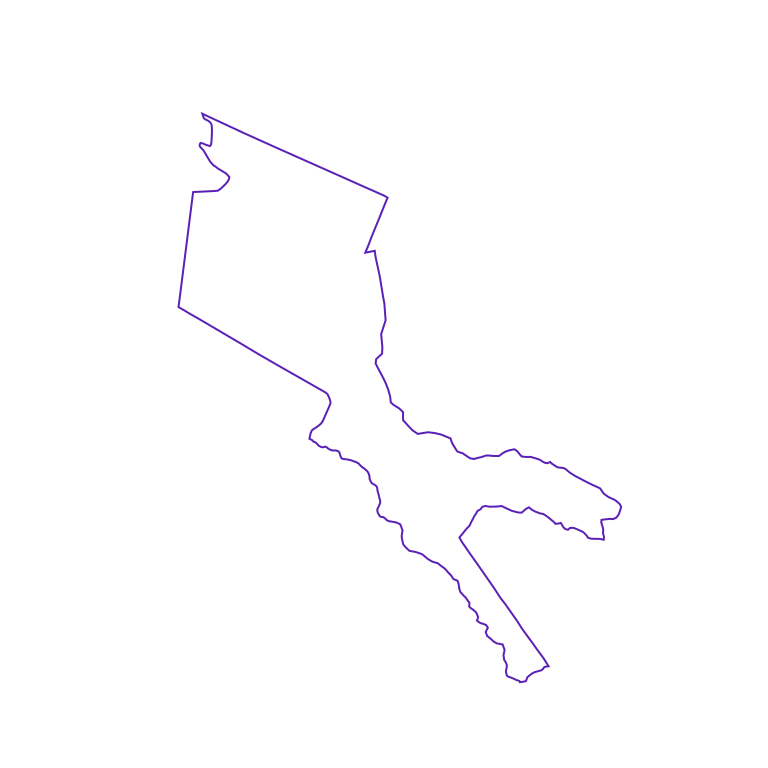 outline of Borabu, Nyanza, Kenya, rotated 145°
{"feature_id": "3690345B58519462810575", "entity_name": "Borabu", "entity_type": "district", "adm_level": 2, "iso_a3": "KEN", "parent_name": "Kenya", "parent_adm1": "Nyanza", "projection": "albers", "projection_center": [35.021, -0.692], "detail": "fine", "context": "isolated", "style": "outline", "palette": "violet", "viewbox_px": 768, "rotation_deg": 145, "n_neighbors": 0, "source": "geoboundaries", "source_scale": "gbopen_adm2", "svg_char_len": 5429}
<svg xmlns="http://www.w3.org/2000/svg" viewBox="0 0 768 768"><g transform="rotate(145 384 384)"><path d="M411.1,58.4L410.6,68.0L410.9,79.0L410.9,84.6L411.3,104.2L410.9,112.9L410.9,120.8L410.9,134.1L411.3,141.3L411.1,148.4L410.9,153.0L410.8,178.8L410.8,184.3L410.9,196.1L410.8,203.3L410.8,210.2L410.2,215.1L405.9,216.2L402.6,217.2L399.3,218.1L395.1,218.9L392.1,220.7L388.7,222.4L385.7,224.0L382.5,225.2L380.2,226.4L376.7,226.0L373.9,227.0L370.9,225.9L367.9,222.9L361.4,218.6L357.7,216.6L355.2,212.2L351.9,206.6L347.6,201.6L344.9,199.6L339.6,200.3L336.0,199.8L335.0,196.1L333.3,192.8L331.8,190.6L330.1,188.1L328.3,186.5L327.1,183.8L326.1,181.0L325.1,177.5L324.0,173.5L323.8,171.2L321.7,169.9L318.8,168.7L319.2,164.4L318.8,161.4L317.0,159.1L314.2,159.4L311.4,157.6L309.7,155.2L305.7,148.4L305.0,144.1L305.0,140.9L302.9,138.3L299.2,135.6L296.2,133.5L293.4,130.4L291.5,132.5L290.2,136.1L287.7,139.3L286.4,142.9L285.4,146.1L283.8,147.9L280.8,146.5L278.6,145.2L276.4,144.0L273.8,141.9L270.3,141.3L266.8,142.4L263.6,144.6L261.4,146.3L260.1,147.4L259.8,150.8L261.0,155.5L261.6,156.9L262.6,158.7L264.4,161.6L265.0,162.9L265.6,164.4L266.6,167.3L266.9,169.0L266.9,170.7L266.8,174.4L268.5,177.5L270.9,181.4L272.1,183.6L274.1,187.3L275.8,190.5L276.6,192.1L277.2,193.3L278.9,196.6L280.2,199.0L282.0,203.3L282.6,204.8L283.1,206.6L283.7,209.2L284.5,211.2L285.3,212.4L288.1,214.8L289.7,216.3L291.1,219.7L292.3,222.8L292.6,224.8L295.5,225.4L297.0,226.7L298.4,229.0L299.9,232.8L302.9,236.7L305.5,240.0L308.4,242.0L310.2,243.3L312.8,245.7L313.1,248.1L313.2,249.5L313.4,252.3L314.0,254.4L314.7,255.8L317.6,257.0L318.8,257.6L320.5,258.1L323.5,259.0L324.8,259.1L326.5,259.2L331.1,259.1L333.0,260.4L336.3,262.8L339.8,265.8L341.4,266.8L343.1,267.4L346.1,268.2L348.3,269.2L351.5,270.4L353.1,270.8L356.1,273.8L357.6,277.6L359.4,282.3L361.0,284.3L362.7,286.7L362.3,293.7L362.2,295.0L362.0,297.1L360.7,301.3L363.1,305.0L366.0,309.5L369.0,313.0L370.0,314.1L371.4,315.5L375.7,319.3L378.0,320.4L382.8,322.7L384.9,323.7L387.2,329.6L388.2,336.1L388.6,339.7L388.8,341.4L389.2,343.0L387.3,346.2L384.5,350.0L385.6,355.4L388.2,361.5L389.0,365.1L386.2,370.1L383.8,376.9L382.3,382.9L381.3,388.6L380.7,393.1L380.0,399.0L379.5,402.7L379.0,405.9L378.0,406.7L376.3,408.8L372.5,409.4L368.2,409.9L364.1,415.3L357.7,426.5L346.1,435.3L341.1,443.8L337.6,449.6L334.6,456.2L325.7,474.7L322.8,481.5L319.8,488.8L317.7,493.6L315.2,498.4L324.0,502.3L316.9,506.8L309.9,511.6L291.8,523.2L286.8,526.5L279.1,531.5L274.2,534.5L275.7,537.9L281.9,548.3L286.6,556.0L306.1,588.5L324.5,619.1L337.3,640.4L355.1,670.3L377.8,709.6L379.1,705.2L378.8,703.8L378.0,702.2L377.1,700.7L376.6,699.1L376.2,697.4L376.5,695.7L377.0,694.4L377.7,693.1L379.9,689.8L383.5,685.0L386.3,681.5L388.5,679.2L390.3,678.8L391.8,681.0L393.1,682.6L394.2,684.7L396.1,686.7L397.6,685.9L398.6,684.4L398.3,681.8L398.0,679.7L397.9,678.4L398.3,673.2L398.5,670.7L398.6,669.0L398.8,666.7L398.8,665.3L398.6,663.7L398.3,661.2L397.5,659.1L397.0,657.7L396.2,655.1L395.1,652.9L394.6,651.6L393.5,649.1L392.8,647.5L392.4,646.1L392.0,642.2L393.4,640.8L395.5,639.7L397.3,639.1L399.4,638.6L402.6,638.1L405.1,637.7L409.1,637.6L412.3,639.4L420.4,644.5L430.2,650.7L431.1,649.8L458.3,619.8L499.5,574.4L508.2,564.9L505.0,558.0L503.0,553.4L499.0,545.0L480.1,503.6L478.6,500.4L469.5,480.0L457.8,455.0L436.9,410.9L436.1,408.1L436.8,404.0L437.3,402.3L437.8,400.8L438.7,399.1L439.9,398.2L443.1,396.2L449.9,392.1L454.8,389.1L456.2,388.4L457.8,387.9L459.6,387.5L462.3,387.3L463.9,387.3L465.6,387.4L467.7,387.5L469.7,387.4L472.8,385.4L476.5,381.9L475.5,380.1L474.9,378.7L474.8,377.2L473.6,375.4L473.1,373.0L472.9,370.9L471.5,368.2L470.0,367.0L468.1,366.4L467.3,365.2L466.9,363.6L466.2,361.8L465.2,360.2L464.3,359.1L463.0,358.2L461.7,357.3L460.7,356.2L459.8,354.5L460.0,352.6L460.7,350.9L461.2,349.1L461.3,347.1L460.0,345.6L457.5,343.4L456.5,342.4L455.3,341.1L454.1,339.5L453.1,337.9L451.9,336.5L451.3,335.3L450.7,334.1L450.3,332.8L450.2,331.5L449.9,329.8L449.5,328.3L448.7,326.1L448.1,324.1L447.7,321.9L447.8,320.3L448.2,318.4L448.9,316.6L450.3,314.4L450.8,311.6L450.9,309.7L450.1,308.0L449.3,306.4L448.8,304.5L449.3,302.5L450.4,300.6L451.0,298.9L451.6,297.2L452.4,295.0L453.2,293.3L453.6,292.0L454.0,290.7L455.0,289.2L456.3,288.1L458.1,287.0L459.5,286.2L461.1,285.4L462.2,284.0L462.9,282.0L463.2,279.7L463.2,277.8L462.4,276.6L460.9,275.3L460.3,273.6L460.0,271.9L459.5,270.1L458.5,268.7L457.2,267.4L455.5,265.7L453.4,263.6L451.3,260.1L451.5,258.2L452.8,253.5L455.3,250.8L456.5,249.6L457.3,248.4L458.3,246.3L458.9,245.0L460.2,241.6L460.1,239.2L459.7,236.8L458.9,232.9L456.9,230.7L455.1,229.0L452.7,226.0L450.4,222.6L449.5,219.5L448.5,215.6L446.7,211.6L445.8,210.1L444.7,208.7L442.7,206.3L441.8,202.9L440.2,198.3L439.8,196.1L439.5,192.5L438.8,188.6L439.0,184.4L436.6,180.7L437.5,177.6L438.7,175.2L439.7,173.1L440.8,169.9L440.4,167.5L440.2,165.2L439.5,161.6L439.7,158.1L439.5,155.7L441.9,152.8L441.4,150.4L440.7,148.7L440.2,147.1L439.7,144.8L439.6,143.5L440.6,139.0L443.6,136.8L442.5,133.6L441.8,132.4L440.5,130.9L438.6,127.9L438.7,124.8L443.0,122.5L444.0,118.3L442.6,113.7L442.3,111.9L442.0,110.4L440.5,107.0L436.2,102.6L437.7,97.1L439.2,95.6L441.6,93.4L443.7,89.3L443.9,86.1L444.6,83.4L445.6,81.9L448.9,78.8L450.4,75.4L450.5,73.8L447.4,69.2L445.6,66.0L443.4,63.0L443.7,61.7L441.0,60.4L438.2,59.2L434.6,61.6L432.7,61.7L429.5,62.0L425.7,61.5L422.1,60.2L419.6,59.3L418.1,59.2L414.8,60.2L411.1,58.4Z" fill="none" stroke="#5b21b6" stroke-width="2"/></g></svg>